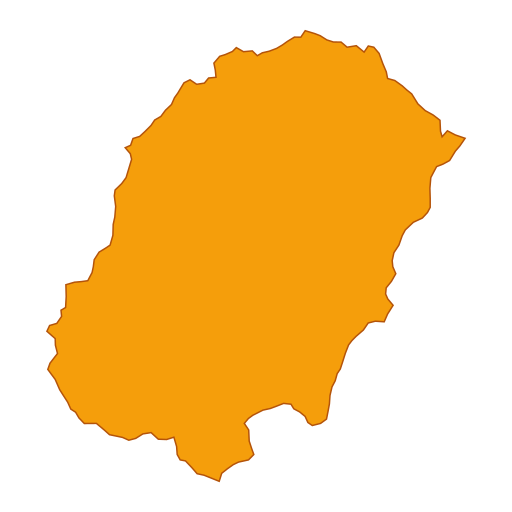 Pariquera-Açu, São Paulo, Brazil
{"feature_id": "56859067B89497836520206", "entity_name": "Pariquera-Açu", "entity_type": "district", "adm_level": 2, "iso_a3": "BRA", "parent_name": "Brazil", "parent_adm1": "São Paulo", "projection": "albers", "projection_center": [-47.849, -24.682], "detail": "fine", "context": "isolated", "style": "filled", "palette": "amber", "viewbox_px": 512, "rotation_deg": 0, "n_neighbors": 0, "source": "geoboundaries", "source_scale": "gbopen_adm2", "svg_char_len": 2362}
<svg xmlns="http://www.w3.org/2000/svg" viewBox="0 0 512 512"><path d="M283.6,403.4L291.0,404.2L293.8,408.8L299.6,411.9L305.1,416.4L307.9,422.5L312.3,425.5L320.6,423.4L326.5,419.1L328.1,411.0L329.4,404.0L330.0,395.4L332.0,386.9L335.2,380.8L337.2,373.6L340.3,369.0L342.4,362.6L345.4,353.1L348.6,344.9L351.9,340.6L356.0,336.4L363.4,330.0L368.2,323.0L375.3,321.2L384.2,321.8L387.6,314.0L393.1,305.3L387.8,299.0L385.6,294.0L386.2,287.8L391.4,281.4L395.8,273.7L392.8,266.7L392.2,260.6L393.9,252.7L398.9,245.1L402.2,235.7L405.3,229.9L413.3,222.3L422.4,218.0L427.4,212.6L430.2,207.4L430.2,198.6L429.9,188.3L430.8,177.6L433.5,172.4L436.6,166.6L443.0,164.1L449.6,160.5L455.4,151.1L459.8,146.0L465.1,138.3L455.2,134.9L447.4,130.8L442.1,136.8L440.5,131.2L440.0,120.3L433.3,115.1L425.2,110.6L417.9,103.9L411.7,93.9L406.7,89.9L402.3,85.9L394.8,80.5L387.6,78.5L386.3,71.9L382.8,63.6L379.1,53.4L373.8,47.2L368.3,46.0L364.1,52.1L356.3,45.7L347.1,47.2L341.1,42.1L333.4,42.0L326.8,39.9L320.2,35.7L314.8,33.6L305.2,30.7L300.8,37.2L294.4,37.1L287.4,41.4L282.2,45.1L276.6,48.4L269.2,51.2L262.3,52.8L257.3,55.7L252.3,50.9L243.5,51.7L236.3,47.6L232.4,51.5L225.2,54.6L219.7,56.3L213.9,63.1L215.3,70.1L216.0,77.3L208.6,78.0L204.4,83.1L196.7,84.3L190.0,79.8L184.0,82.8L180.6,88.4L177.8,93.1L174.5,97.7L171.5,104.5L165.5,110.2L160.9,116.4L154.7,120.0L151.0,125.5L145.0,131.5L139.7,136.4L133.0,138.5L130.6,145.3L125.2,147.7L130.3,153.7L131.6,159.3L128.6,169.3L126.1,177.6L121.7,183.6L115.1,190.0L114.3,195.8L115.7,206.5L114.8,217.1L113.2,224.4L112.9,235.3L110.1,245.1L105.5,248.2L99.1,252.1L94.2,259.7L93.3,266.8L92.1,272.5L87.8,280.7L81.4,281.6L74.5,282.2L65.9,284.7L66.2,296.6L65.6,307.5L61.0,310.2L61.6,316.4L56.8,323.4L49.6,325.5L46.9,331.3L55.2,338.6L55.4,345.2L57.5,353.5L50.0,363.2L47.8,369.4L51.4,374.3L55.2,379.4L59.7,389.7L63.0,394.9L67.7,402.2L70.8,409.1L75.6,412.2L79.0,418.0L84.3,423.5L96.4,423.4L104.5,430.2L109.5,434.7L115.3,435.9L122.5,437.4L128.8,440.2L135.7,438.4L142.9,433.9L151.1,432.6L158.3,439.2L166.6,439.5L173.9,437.2L176.6,446.5L177.2,454.5L180.2,459.9L185.5,460.9L192.1,467.9L197.1,473.7L204.0,475.2L219.2,481.3L221.7,473.3L227.5,468.7L233.3,464.6L238.5,462.1L248.5,459.9L253.8,454.5L251.7,448.7L249.2,441.1L248.7,430.0L244.3,423.4L248.4,418.5L252.9,415.2L263.0,410.1L270.3,408.5L276.2,406.3L283.6,403.4Z" fill="#f59e0b" stroke="#b45309" stroke-width="1.5"/></svg>